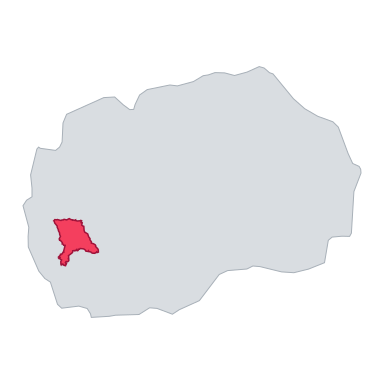 Debartsa, Debarca, North Macedonia (highlighted)
{"feature_id": "65306769B78023528365293", "entity_name": "Debartsa", "entity_type": "district", "adm_level": 2, "iso_a3": "MKD", "parent_name": "North Macedonia", "parent_adm1": "Debarca", "projection": "natural_earth1", "projection_center": [20.818, 41.302], "detail": "fine", "context": "in_parent", "style": "filled", "palette": "rose", "viewbox_px": 384, "rotation_deg": 0, "n_neighbors": 0, "source": "geoboundaries", "source_scale": "gbopen_adm2", "svg_char_len": 2595}
<svg xmlns="http://www.w3.org/2000/svg" viewBox="0 0 384 384"><path d="M170.0,85.0L177.4,85.9L193.3,81.6L203.2,75.7L208.3,74.9L215.0,72.6L224.7,72.9L234.5,75.5L247.0,72.1L259.2,66.6L264.1,68.0L269.5,72.7L273.0,73.9L293.4,98.7L304.7,108.7L317.8,116.3L332.9,121.8L338.3,127.1L348.1,153.5L352.7,163.5L359.1,166.4L360.7,169.3L361.0,173.1L353.9,191.6L351.4,233.1L349.6,236.4L342.1,236.2L332.1,237.1L328.3,240.3L324.5,262.7L308.5,269.1L293.9,272.7L281.6,271.9L260.0,266.6L252.9,266.0L246.9,269.0L227.6,270.6L219.2,274.5L199.4,300.6L179.3,309.7L172.4,314.2L157.0,308.4L149.6,307.8L139.0,314.5L115.6,315.2L109.3,316.3L91.3,317.4L90.5,313.8L87.2,308.5L78.8,306.1L61.7,308.2L57.5,304.3L50.4,282.1L44.9,278.6L38.8,271.1L28.3,247.0L28.1,236.5L28.8,227.3L23.0,205.7L26.6,200.2L32.0,196.8L32.0,188.1L30.6,174.9L36.9,149.0L38.6,147.1L40.3,148.3L55.6,150.4L59.6,147.1L62.1,142.0L63.0,123.0L66.6,114.3L103.8,97.6L114.7,97.0L123.1,104.7L129.7,109.6L133.7,109.4L135.1,104.5L139.6,95.0L147.2,89.6L169.8,85.0L170.0,85.0Z" fill="#d9dde1" stroke="#a8b0b8" stroke-width="1"/><path d="M53.9,220.7L53.8,220.8L54.2,221.0L54.7,223.0L57.2,226.1L57.2,227.3L58.4,229.9L58.4,230.7L59.5,232.7L59.7,234.7L60.5,236.3L59.2,238.9L59.6,240.3L60.3,240.3L62.3,242.6L62.5,243.6L62.2,243.9L63.1,244.3L63.7,245.3L65.1,245.4L63.7,251.0L63.8,252.1L63.1,252.1L62.1,253.9L60.9,254.1L60.9,254.6L60.5,254.6L60.6,254.9L58.7,256.8L59.2,256.9L59.0,257.2L59.4,257.3L59.0,258.0L59.9,257.9L59.5,258.7L60.6,258.9L60.3,259.0L60.5,259.3L61.6,260.0L60.8,261.5L60.9,264.2L61.2,264.9L61.7,264.2L62.7,264.1L62.9,264.6L63.2,264.5L63.4,265.0L64.1,265.1L64.2,265.4L65.5,265.7L65.8,264.5L66.0,264.6L66.5,263.6L65.7,262.9L66.0,262.8L65.8,261.9L66.2,261.5L67.6,261.8L68.8,260.7L68.8,258.8L68.3,258.7L68.8,257.0L68.4,255.7L72.0,253.0L72.7,252.0L72.7,250.8L74.3,250.5L74.7,250.9L75.6,250.6L76.4,249.6L76.9,250.4L77.1,250.2L77.7,250.7L78.2,250.3L78.3,249.2L79.5,249.3L80.1,248.5L83.7,248.9L85.4,250.1L85.8,251.1L88.1,251.5L88.5,251.0L88.6,251.6L90.8,251.9L91.4,252.7L92.6,253.2L94.9,253.3L95.3,252.8L96.1,252.7L96.6,251.8L97.5,252.5L98.4,252.1L98.3,250.0L97.8,248.8L95.6,246.5L95.7,245.5L95.1,244.7L93.4,243.7L91.3,243.1L91.4,241.8L89.9,239.7L90.0,238.5L88.7,236.9L87.7,233.9L84.7,232.1L84.1,230.5L83.8,226.3L82.7,225.9L81.7,225.1L82.2,222.8L81.1,222.6L81.2,221.3L81.7,220.9L81.4,220.6L80.6,220.4L80.0,220.8L77.3,221.0L75.4,220.5L75.5,219.9L74.2,220.4L73.3,220.0L72.5,220.2L72.4,219.8L71.0,219.6L69.2,218.6L66.7,219.9L64.0,219.3L63.3,219.9L61.8,220.0L61.0,220.5L57.3,219.5L56.6,219.8L54.8,219.6L53.9,220.7Z" fill="#f43f5e" stroke="#9f1239" stroke-width="1.5"/></svg>